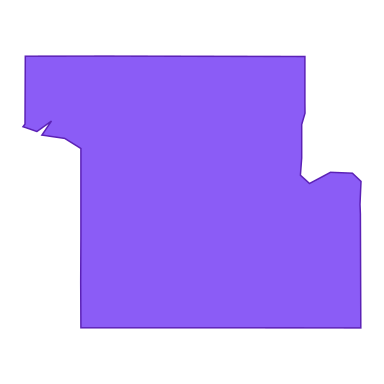 outline of Shawnee, Kansas, United States of America
{"feature_id": "52423323B43181650652677", "entity_name": "Shawnee", "entity_type": "district", "adm_level": 2, "iso_a3": "USA", "parent_name": "United States of America", "parent_adm1": "Kansas", "projection": "natural_earth1", "projection_center": [-95.755, 39.043], "detail": "fine", "context": "isolated", "style": "filled", "palette": "violet", "viewbox_px": 384, "rotation_deg": 0, "n_neighbors": 0, "source": "geoboundaries", "source_scale": "gbopen_adm2", "svg_char_len": 453}
<svg xmlns="http://www.w3.org/2000/svg" viewBox="0 0 384 384"><path d="M360.8,327.9L360.4,214.1L360.0,204.4L361.0,181.4L352.4,173.2L330.5,172.3L309.5,183.5L300.4,175.2L301.7,158.1L301.7,124.5L305.0,113.2L304.9,101.8L304.9,56.5L107.0,56.1L25.3,56.2L25.0,124.1L23.0,126.7L36.9,131.5L51.5,121.0L41.9,135.1L64.7,138.4L80.9,148.5L80.9,191.3L80.9,236.5L80.7,281.9L80.9,327.8L246.5,327.8L360.8,327.9Z" fill="#8b5cf6" stroke="#5b21b6" stroke-width="1.5"/></svg>